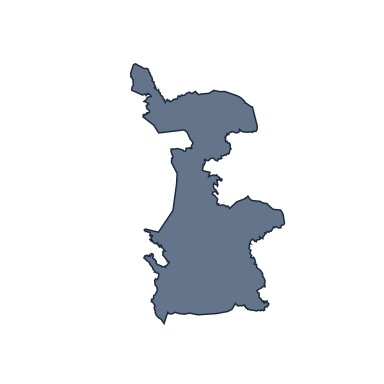 outline of Tlacoachistlahuaca, Guerrero, Mexico, rotated 327°
{"feature_id": "50627088B91414263136066", "entity_name": "Tlacoachistlahuaca", "entity_type": "district", "adm_level": 2, "iso_a3": "MEX", "parent_name": "Mexico", "parent_adm1": "Guerrero", "projection": "equal_earth", "projection_center": [-98.264, 16.975], "detail": "fine", "context": "isolated", "style": "filled", "palette": "slate", "viewbox_px": 384, "rotation_deg": 327, "n_neighbors": 0, "source": "geoboundaries", "source_scale": "gbopen_adm2", "svg_char_len": 6094}
<svg xmlns="http://www.w3.org/2000/svg" viewBox="0 0 384 384"><g transform="rotate(327 192 192)"><path d="M130.2,298.3L146.6,307.4L157.0,311.7L161.6,312.1L167.7,309.2L167.8,310.5L168.7,312.9L170.1,313.2L172.0,314.8L172.8,314.5L174.5,315.6L173.9,316.6L174.5,317.2L174.1,318.1L174.3,319.2L175.1,320.1L174.9,321.0L176.0,321.6L177.2,323.4L178.0,323.6L181.6,327.1L183.5,327.2L184.9,329.0L186.5,329.1L187.4,330.5L188.7,330.5L188.7,329.9L190.3,328.2L191.9,328.6L192.2,329.2L192.8,328.5L194.0,328.7L195.5,327.8L195.0,325.3L195.6,324.3L193.9,323.7L193.6,324.3L193.3,323.6L193.0,324.4L192.1,324.6L191.7,322.9L192.6,322.6L191.3,321.0L191.8,319.6L191.4,318.0L190.8,317.2L193.2,313.4L192.5,312.3L192.6,310.4L194.2,309.9L198.3,310.3L199.4,310.0L200.7,310.2L201.4,311.2L202.2,310.4L202.6,308.3L203.5,308.1L205.0,306.1L205.8,300.1L206.8,299.0L206.7,294.8L205.1,290.6L206.7,287.8L205.1,286.7L205.3,286.0L206.9,285.7L208.2,281.6L207.9,280.0L206.1,279.9L205.5,278.8L207.5,277.6L207.1,275.1L209.7,272.8L209.0,271.6L209.1,270.2L210.6,269.3L210.9,268.1L212.0,266.8L212.5,266.6L213.0,267.3L212.9,266.2L215.2,264.7L217.1,264.6L217.9,266.8L217.6,267.3L218.9,268.7L219.6,267.5L223.5,268.7L224.0,268.4L224.3,266.6L226.0,269.7L227.0,268.4L229.9,267.4L230.8,265.9L231.8,267.0L233.6,266.1L234.6,267.6L235.7,267.3L237.3,267.9L241.3,265.8L241.7,266.9L243.1,266.5L245.1,269.4L247.0,270.4L248.7,268.7L251.0,269.3L252.3,268.9L256.1,260.8L256.6,256.8L256.4,255.3L250.6,250.7L248.8,244.5L248.8,242.8L244.8,239.0L244.3,237.2L238.1,232.2L237.2,230.9L236.6,228.4L236.7,225.9L234.4,226.6L234.1,226.1L232.6,226.5L224.4,224.6L214.6,226.3L214.6,223.5L213.9,222.9L213.0,223.3L212.0,220.8L210.4,219.3L208.5,218.7L206.4,216.5L206.7,215.9L207.5,216.0L206.8,215.3L207.0,214.3L209.7,211.9L209.1,207.2L207.9,205.1L209.4,203.6L212.3,204.4L212.0,205.8L212.4,207.9L213.0,207.7L213.1,203.5L212.5,200.9L212.8,199.4L214.0,197.3L215.4,196.6L215.3,197.7L216.6,199.8L216.5,200.9L217.6,200.1L218.4,197.3L219.4,196.4L219.0,195.6L219.2,195.3L220.9,196.4L221.7,196.2L222.1,198.3L223.1,198.7L223.9,198.1L224.0,197.4L223.1,196.1L222.9,194.5L222.3,193.9L222.0,191.0L220.0,190.7L219.7,189.7L216.7,188.5L214.3,188.2L217.8,185.3L213.5,180.9L212.7,179.1L215.9,176.1L216.3,175.0L216.7,174.9L216.9,175.8L219.2,174.4L219.9,172.9L219.8,172.0L220.6,171.6L221.1,173.2L222.8,174.7L226.0,174.1L227.3,174.6L228.8,176.1L228.6,177.5L230.4,179.9L232.3,178.4L233.2,179.5L235.4,180.0L235.5,177.9L236.4,177.7L238.2,178.8L239.7,178.8L240.7,179.7L242.5,179.2L243.1,179.9L244.2,179.9L247.0,177.1L248.2,177.2L248.3,175.6L249.8,173.2L250.0,171.3L248.7,170.5L249.1,168.5L247.8,168.3L247.7,167.2L249.1,166.1L249.2,164.7L249.8,164.8L250.2,163.7L251.2,163.7L251.6,163.2L252.3,163.5L253.2,162.3L253.3,163.2L254.2,163.8L254.7,162.9L257.1,162.6L257.7,163.3L258.6,163.1L261.0,166.3L263.0,167.3L265.1,166.9L265.9,165.3L266.5,168.0L267.8,169.6L271.1,172.1L273.8,173.4L275.5,175.1L276.7,174.5L278.6,176.0L280.8,174.9L282.6,172.3L289.0,153.5L287.9,152.4L285.9,147.3L284.8,146.0L285.6,145.0L284.8,141.5L284.1,139.2L282.4,136.1L274.3,125.6L269.9,122.9L265.6,118.6L260.2,118.6L252.6,114.6L251.1,114.4L250.3,113.0L249.6,109.5L245.4,109.4L244.1,106.8L240.5,106.3L238.3,107.0L235.7,104.8L234.3,105.8L232.9,103.9L230.1,106.0L229.0,105.0L227.8,104.9L226.9,104.1L226.1,104.6L223.1,104.5L222.4,104.0L222.8,102.6L221.8,102.3L221.6,100.9L218.3,102.4L218.3,100.6L219.3,99.7L218.7,98.1L219.4,95.7L218.6,94.4L218.5,93.5L219.3,91.3L218.6,90.6L219.5,88.4L219.0,88.7L218.9,88.0L218.3,87.5L217.9,86.5L218.2,85.3L217.1,84.8L217.2,84.1L218.7,84.0L219.1,80.1L220.1,79.2L219.5,78.4L219.2,76.8L219.8,76.6L220.9,73.8L220.5,72.3L221.1,71.5L220.9,70.5L221.6,68.8L221.1,68.1L221.8,66.6L222.0,64.5L220.5,63.0L219.2,62.7L216.9,58.1L215.5,56.2L215.4,55.2L214.1,53.5L212.1,53.5L205.1,59.1L204.2,61.6L203.6,61.5L203.6,66.3L202.6,67.2L201.1,70.4L199.3,71.1L197.0,73.4L197.1,74.2L203.3,83.7L205.8,84.1L205.8,85.9L207.4,85.8L207.8,85.3L208.4,86.1L208.7,85.6L209.1,86.9L209.8,87.4L209.8,89.6L205.9,88.2L204.8,89.5L201.0,89.9L202.3,91.4L203.7,94.6L200.6,94.6L199.5,97.8L200.4,99.6L200.1,101.8L197.5,101.9L197.7,101.2L197.1,101.0L195.8,102.0L195.4,101.5L194.5,101.9L194.7,101.2L193.5,100.5L191.8,102.3L196.3,115.1L196.2,124.3L219.3,135.7L220.4,139.5L219.3,146.7L219.8,151.3L216.9,152.9L215.8,154.2L215.6,155.3L214.6,155.0L214.4,153.7L212.2,153.0L211.4,152.2L210.6,152.3L209.4,154.0L208.1,153.9L207.5,153.6L207.1,151.6L203.3,147.5L199.7,146.1L199.3,145.3L198.3,145.2L197.9,144.6L196.3,146.9L196.3,148.4L195.7,148.9L195.5,152.1L193.3,152.7L193.7,153.4L192.1,154.2L190.9,156.2L189.6,168.5L183.4,176.9L165.9,197.2L142.0,207.4L132.6,197.6L131.2,197.9L131.5,200.0L133.0,200.4L133.2,201.7L134.7,202.9L134.1,205.0L132.9,205.2L133.0,206.2L133.3,206.6L134.3,206.0L135.0,207.2L134.1,207.9L133.2,207.7L132.1,208.9L130.8,208.7L131.1,211.2L131.4,211.4L131.9,210.3L132.2,210.3L132.4,211.3L132.0,212.1L132.2,214.2L133.0,214.6L133.9,216.2L135.3,215.8L134.7,217.6L134.7,220.3L135.5,220.2L135.5,219.3L136.1,219.0L136.8,219.3L137.1,220.6L136.1,221.4L136.9,223.2L137.3,226.8L136.0,226.0L135.1,226.1L133.1,229.4L133.5,230.4L133.6,233.7L134.0,235.0L133.3,237.0L134.9,237.7L134.9,238.1L133.6,239.3L132.5,239.1L131.3,239.8L128.8,239.5L128.7,240.4L128.2,239.6L125.9,238.4L126.1,237.3L123.7,234.3L123.1,232.3L124.3,230.5L123.9,228.6L124.2,227.9L123.0,226.5L123.2,225.5L124.8,224.8L125.3,222.5L124.2,221.5L124.0,222.4L122.1,223.1L122.1,221.7L120.5,222.5L120.0,221.6L120.2,221.0L119.3,220.2L118.4,220.6L117.8,219.9L116.2,220.7L115.7,221.6L116.8,223.3L116.4,224.4L117.3,226.0L117.8,228.6L117.4,229.1L117.5,232.1L118.0,233.1L117.3,235.0L117.5,238.7L117.2,238.8L117.9,239.2L118.0,240.3L118.5,240.5L119.6,242.5L117.4,245.2L115.3,246.4L114.8,246.4L114.3,245.0L112.5,245.8L110.5,249.8L110.7,252.8L109.2,255.7L105.2,258.1L103.5,258.0L101.4,260.6L100.7,260.7L99.6,259.9L98.9,261.5L98.2,261.7L99.0,263.4L99.1,266.7L98.8,267.7L97.8,267.8L96.8,269.3L96.3,272.0L95.3,273.6L95.0,275.9L95.3,278.8L96.8,281.9L96.9,287.1L106.1,279.7L106.6,282.0L109.2,283.4L112.5,283.8L114.6,286.6L119.1,290.3L124.0,292.3L130.2,298.3Z" fill="#64748b" stroke="#1e293b" stroke-width="1.5"/></g></svg>